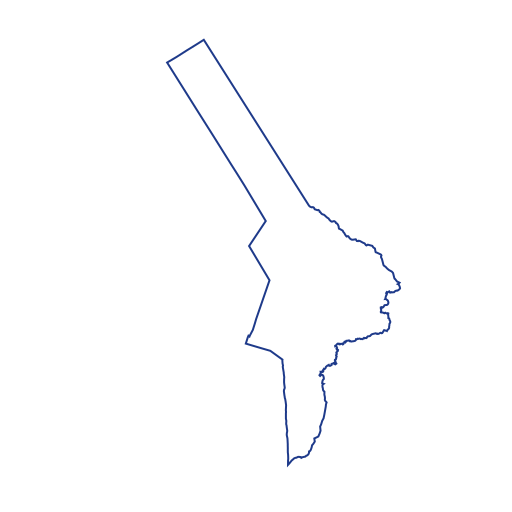 outline of Faasaleleaga I, Fa'asaleleaga, Samoa, rotated 20°
{"feature_id": "51752279B74784353910283", "entity_name": "Faasaleleaga I", "entity_type": "district", "adm_level": 2, "iso_a3": "WSM", "parent_name": "Samoa", "parent_adm1": "Fa'asaleleaga", "projection": "natural_earth1", "projection_center": [-172.223, -13.71], "detail": "fine", "context": "isolated", "style": "outline", "palette": "blue", "viewbox_px": 512, "rotation_deg": 20, "n_neighbors": 0, "source": "geoboundaries", "source_scale": "gbopen_adm2", "svg_char_len": 5345}
<svg xmlns="http://www.w3.org/2000/svg" viewBox="0 0 512 512"><g transform="rotate(20 256 256)"><path d="M400.0,232.0L397.2,231.7L394.5,230.0L394.1,230.0L393.5,229.4L392.7,228.2L390.6,225.1L389.2,224.3L388.4,224.1L385.7,223.7L383.5,222.9L381.6,221.9L379.5,221.3L378.8,220.8L377.8,219.3L376.7,217.7L375.4,215.8L374.0,214.5L373.7,213.9L373.7,212.6L373.2,212.1L372.7,211.9L370.7,211.7L368.6,211.5L367.2,211.5L366.9,211.2L365.2,208.3L363.3,207.8L361.8,206.7L357.2,207.1L356.2,208.3L355.6,208.2L353.7,207.0L351.8,206.9L348.8,206.4L347.3,206.5L346.9,207.1L345.6,207.4L344.0,206.2L341.4,207.6L340.3,207.9L339.0,207.7L338.0,207.3L336.0,205.9L335.3,206.0L334.6,206.7L334.2,206.6L332.4,205.4L331.2,204.3L329.9,203.6L328.8,202.5L325.9,202.0L324.6,201.9L324.1,201.1L323.5,199.9L322.4,198.7L321.6,198.1L320.7,197.7L320.0,197.7L319.3,197.0L317.9,196.5L317.1,196.7L315.6,197.8L314.4,197.7L312.7,196.9L311.3,195.9L309.8,195.6L308.0,194.9L306.9,194.4L305.7,194.0L304.0,194.1L302.8,193.7L301.5,192.8L300.8,192.8L300.1,191.8L298.9,191.4L298.2,191.9L295.2,192.0L293.9,190.8L292.7,190.6L291.8,191.2L290.1,191.2L288.6,190.6L133.0,70.7L127.6,77.7L120.8,86.3L112.9,96.6L106.3,104.6L139.1,130.1L149.5,138.2L173.7,156.9L201.8,178.8L210.0,185.1L220.9,193.6L253.2,219.8L246.1,249.0L277.0,274.2L277.7,315.3L278.0,319.8L278.3,326.5L277.4,333.1L277.4,333.9L276.2,333.5L276.1,335.2L276.4,341.8L283.3,341.4L293.0,340.8L301.9,340.2L316.3,344.3L316.5,345.2L317.7,347.9L318.9,349.8L319.0,350.9L320.3,353.2L321.9,356.0L322.4,357.2L324.0,360.2L324.5,362.0L325.5,364.9L326.3,366.6L328.0,369.8L328.2,370.9L328.1,372.1L328.4,373.4L330.4,377.3L331.0,378.3L331.6,379.5L332.4,380.5L333.7,382.8L334.1,383.6L335.3,385.9L336.8,390.7L337.6,392.4L337.8,393.3L339.7,398.5L340.9,400.6L341.7,403.2L342.0,403.9L342.6,404.7L343.5,406.5L345.1,409.5L345.4,410.7L345.5,411.7L346.0,413.4L346.4,414.2L347.8,416.4L348.4,417.7L350.3,422.2L350.6,423.1L351.7,425.9L352.0,426.8L353.1,429.7L354.1,431.7L354.8,433.4L355.7,435.7L356.0,437.0L357.5,441.3L358.3,439.4L359.5,435.9L360.4,434.4L360.9,433.3L362.1,432.1L362.9,431.8L363.5,431.1L364.2,430.4L365.1,430.0L366.1,429.9L366.8,429.6L367.6,430.2L368.2,429.5L368.9,428.9L371.0,427.6L371.5,426.5L372.0,426.2L372.7,425.2L373.1,424.1L373.1,422.8L372.7,421.5L373.2,421.2L373.7,420.0L373.8,418.3L373.7,416.3L373.4,414.7L374.0,413.3L374.7,410.3L373.2,407.5L374.9,405.8L376.3,404.3L376.5,400.9L376.4,398.1L374.6,394.3L374.8,392.1L374.6,388.2L375.0,385.4L374.5,381.9L373.1,373.8L372.5,371.5L372.4,369.4L370.7,368.5L369.9,367.7L369.4,365.9L368.7,364.5L367.7,363.0L366.7,360.1L365.2,359.4L364.5,358.4L364.0,357.3L363.3,356.4L362.7,355.0L362.6,354.0L363.3,353.0L362.6,353.0L361.6,352.8L361.4,351.7L361.2,350.4L361.3,349.4L361.8,348.3L361.1,346.8L360.3,345.7L359.2,345.0L358.2,345.1L357.9,345.7L357.3,346.8L356.4,346.3L356.5,345.7L356.9,344.2L356.6,343.2L356.3,342.7L357.3,342.4L357.8,342.4L358.4,342.1L358.6,341.4L357.9,340.9L358.4,338.8L359.0,339.0L359.5,338.0L359.7,337.4L359.6,336.4L360.2,335.2L360.8,334.3L361.2,334.2L361.7,333.4L362.5,334.1L363.3,333.8L364.3,332.6L363.9,331.7L364.5,331.0L365.4,330.6L365.6,330.0L366.2,329.7L366.7,330.4L367.0,330.0L367.7,330.5L368.3,329.6L368.0,329.3L367.4,329.6L366.4,328.7L366.7,327.8L365.7,326.9L365.7,326.5L366.4,325.8L366.3,324.3L366.0,323.8L366.2,323.0L365.6,322.5L365.1,321.8L365.5,321.2L365.4,320.3L364.6,319.6L364.5,319.1L364.9,318.5L364.9,317.9L365.3,317.5L365.2,316.2L364.9,316.1L364.2,316.3L363.4,315.7L363.7,315.1L363.6,314.6L362.9,313.8L362.5,313.7L361.9,313.1L361.3,313.7L361.1,313.3L361.9,312.3L362.4,310.9L362.9,310.3L363.4,310.2L363.9,310.4L364.2,310.0L364.9,309.8L365.2,310.2L365.6,309.8L366.3,309.4L367.2,308.7L367.9,309.3L368.2,308.9L368.5,306.3L369.0,305.9L369.6,306.4L369.8,305.9L369.9,304.8L370.8,304.3L371.2,304.3L372.2,303.5L372.7,303.5L373.2,304.0L373.9,303.6L374.6,303.9L375.8,303.2L376.3,303.0L377.6,302.2L378.2,301.7L378.6,300.8L378.4,300.0L379.4,299.6L379.7,299.0L380.3,299.0L381.4,298.2L382.0,298.1L382.7,298.3L383.3,297.9L383.9,297.9L384.7,297.6L384.9,297.0L385.5,296.0L386.2,296.2L386.6,295.7L387.8,295.4L388.1,294.8L388.1,294.1L388.5,293.3L389.9,292.6L390.5,292.2L391.3,290.4L391.7,289.9L392.6,289.2L394.9,287.7L395.5,287.8L396.2,287.5L396.5,287.8L397.4,287.5L398.1,286.9L399.0,285.8L399.4,285.5L400.5,285.6L401.0,285.2L401.5,283.1L401.6,282.0L401.9,281.8L403.4,281.8L404.2,281.6L404.7,281.7L404.9,280.4L405.5,279.2L405.7,278.5L405.6,277.7L405.2,276.7L405.1,275.8L404.6,274.0L404.8,273.2L404.8,272.1L404.4,271.4L403.3,270.4L402.8,269.5L402.0,268.9L401.6,269.0L400.9,267.2L400.2,266.0L400.0,264.7L399.4,264.6L398.8,265.1L398.4,265.3L396.8,265.1L396.2,265.9L394.3,265.7L393.8,266.0L392.6,266.2L392.3,265.6L392.3,264.4L391.9,263.5L391.4,263.0L391.1,262.3L391.7,262.3L392.0,262.0L392.1,261.3L391.8,261.0L393.0,260.7L393.3,259.9L393.6,258.3L394.5,257.8L395.7,257.3L396.3,256.5L396.5,255.6L396.4,254.7L396.1,254.0L395.1,252.8L394.5,252.5L393.8,252.4L392.7,251.9L392.1,252.2L392.2,251.5L392.0,251.0L391.9,250.3L391.8,248.2L392.1,247.6L391.8,246.9L391.0,246.4L391.2,245.3L392.0,245.6L392.1,244.9L392.4,244.6L393.3,243.7L394.1,244.5L394.7,244.5L395.2,243.8L395.7,243.6L396.0,243.8L398.1,242.8L398.5,241.9L399.0,241.1L400.3,240.2L400.5,240.3L401.2,239.7L402.0,238.4L402.4,237.4L402.4,237.0L401.4,235.5L399.9,234.0L398.9,233.9L399.6,233.0L400.0,232.0Z" fill="none" stroke="#1e3a8a" stroke-width="2"/></g></svg>